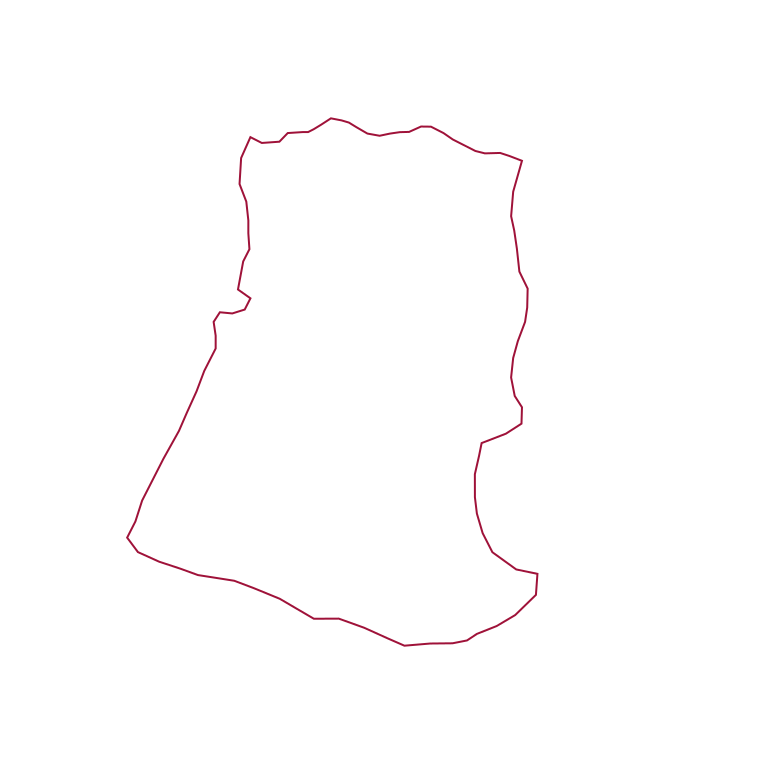 Agios Theodoros Ammochostou, Cyprus (Robinson projection), rotated 27°
{"feature_id": "46923920B90190427209928", "entity_name": "Agios Theodoros Ammochostou", "entity_type": "district", "adm_level": 2, "iso_a3": "CYP", "parent_name": "Cyprus", "parent_adm1": "", "projection": "robinson", "projection_center": [34.038, 35.355], "detail": "fine", "context": "isolated", "style": "outline", "palette": "rose", "viewbox_px": 768, "rotation_deg": 27, "n_neighbors": 0, "source": "geoboundaries", "source_scale": "gbopen_adm2", "svg_char_len": 1329}
<svg xmlns="http://www.w3.org/2000/svg" viewBox="0 0 768 768"><g transform="rotate(27 384 384)"><path d="M152.9,224.7L154.1,247.5L164.5,271.4L178.5,284.0L188.9,299.9L194.7,311.3L202.9,325.0L202.9,338.7L211.0,366.1L226.1,368.3L226.1,380.9L216.8,390.0L205.2,394.6L204.0,406.0L212.1,417.4L217.9,428.8L217.9,453.9L220.3,475.6L221.4,499.5L222.6,518.9L221.4,550.8L221.4,574.8L221.4,597.6L224.9,619.3L224.9,637.5L241.1,645.5L264.4,644.4L286.4,641.0L305.0,638.7L322.4,633.0L339.9,627.3L360.8,625.0L388.6,622.7L407.2,623.8L428.1,625.0L450.2,613.6L476.9,610.2L502.4,609.0L521.0,607.9L543.1,594.2L562.8,583.9L574.4,574.8L580.2,564.5L594.2,548.6L605.8,530.3L615.1,502.9L606.9,483.5L586.0,489.2L557.0,484.7L539.6,472.1L525.6,457.3L516.4,443.6L505.9,423.1L501.3,404.8L497.8,392.3L515.2,372.9L524.5,356.9L517.5,342.1L505.9,335.3L494.3,320.5L487.3,302.2L483.8,285.1L481.5,264.6L476.9,250.9L468.7,233.8L453.6,222.4L440.9,203.0L430.4,188.2L421.1,176.8L411.8,154.0L405.6,122.5L392.2,123.9L382.6,125.4L369.2,132.7L359.6,134.9L346.2,134.9L334.3,134.9L323.1,133.4L309.0,133.4L300.1,137.8L291.9,148.0L283.8,152.4L275.6,158.2L267.4,164.8L255.5,168.4L242.9,167.7L234.0,167.0L226.5,168.4L216.1,171.4L210.2,181.6L205.7,188.9L202.0,194.0L197.6,196.2L184.3,204.1L180.8,215.6L165.7,224.7L152.9,224.7Z" fill="none" stroke="#9f1239" stroke-width="2"/></g></svg>